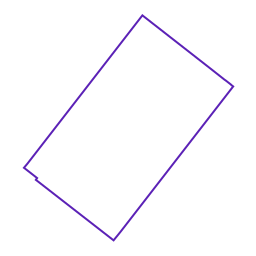 outline of Scotts Bluff, Nebraska, United States of America, rotated 128°
{"feature_id": "52423323B66361254084012", "entity_name": "Scotts Bluff", "entity_type": "district", "adm_level": 2, "iso_a3": "USA", "parent_name": "United States of America", "parent_adm1": "Nebraska", "projection": "mercator", "projection_center": [-103.789, 41.851], "detail": "fine", "context": "isolated", "style": "outline", "palette": "violet", "viewbox_px": 256, "rotation_deg": 128, "n_neighbors": 0, "source": "geoboundaries", "source_scale": "gbopen_adm2", "svg_char_len": 362}
<svg xmlns="http://www.w3.org/2000/svg" viewBox="0 0 256 256"><g transform="rotate(128 128 128)"><path d="M225.4,70.2L214.6,70.0L30.5,70.7L30.5,71.8L30.5,73.3L30.4,73.4L30.4,80.5L30.5,81.6L30.4,103.7L30.4,107.0L30.4,114.9L30.4,172.6L30.4,186.0L218.2,185.3L223.4,185.5L223.4,168.8L225.6,168.7L225.4,70.2Z" fill="none" stroke="#5b21b6" stroke-width="2"/></g></svg>